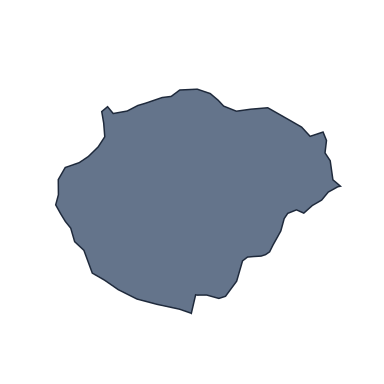 Konia, Paphos, Cyprus (Mercator projection), rotated 304°
{"feature_id": "46923920B68856851559868", "entity_name": "Konia", "entity_type": "district", "adm_level": 2, "iso_a3": "CYP", "parent_name": "Cyprus", "parent_adm1": "Paphos", "projection": "mercator", "projection_center": [32.462, 34.78], "detail": "fine", "context": "isolated", "style": "filled", "palette": "slate", "viewbox_px": 384, "rotation_deg": 304, "n_neighbors": 0, "source": "geoboundaries", "source_scale": "gbopen_adm2", "svg_char_len": 1030}
<svg xmlns="http://www.w3.org/2000/svg" viewBox="0 0 384 384"><g transform="rotate(304 192 192)"><path d="M91.0,259.3L108.8,252.5L109.4,253.9L114.8,261.8L118.8,273.8L124.3,278.1L134.0,278.5L143.0,278.9L163.2,272.4L169.1,274.4L172.9,279.1L177.5,285.1L181.2,288.0L185.8,289.8L193.3,288.8L202.9,288.0L209.4,287.4L221.5,283.3L227.8,283.3L235.6,288.6L237.0,296.5L248.1,299.3L257.8,304.0L268.1,305.0L277.8,309.9L279.8,311.8L280.9,302.0L295.2,289.1L298.8,280.4L309.9,274.7L311.0,273.1L315.0,267.1L304.2,258.8L307.1,246.6L305.6,226.1L304.2,207.7L293.5,194.4L283.8,183.6L280.9,170.2L282.7,162.3L283.8,152.2L280.2,138.9L269.7,124.8L259.6,121.3L253.6,114.4L239.6,103.8L233.4,98.7L222.9,93.0L213.0,82.8L215.5,74.3L208.2,72.2L199.7,80.3L189.0,88.8L176.9,89.0L163.4,86.2L153.3,82.1L141.4,73.2L127.5,74.2L115.0,82.8L105.1,86.2L100.5,95.3L96.7,103.6L94.2,111.7L85.2,122.5L83.2,135.0L79.1,140.7L69.0,154.7L70.0,168.9L69.8,185.5L72.5,206.3L79.3,225.8L87.8,247.0L91.0,259.0L91.0,259.3Z" fill="#64748b" stroke="#1e293b" stroke-width="1.5"/></g></svg>